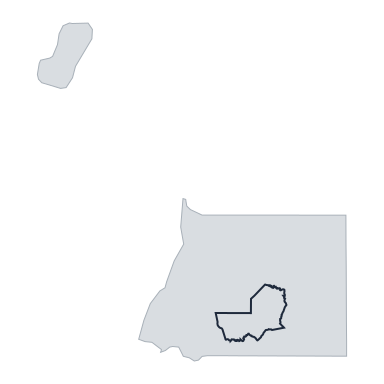 Evinayong, Centro Sur, Equatorial Guinea (highlighted)
{"feature_id": "11065452B18175278434840", "entity_name": "Evinayong", "entity_type": "district", "adm_level": 2, "iso_a3": "GNQ", "parent_name": "Equatorial Guinea", "parent_adm1": "Centro Sur", "projection": "robinson", "projection_center": [10.451, 1.358], "detail": "fine", "context": "in_parent", "style": "outline", "palette": "slate", "viewbox_px": 384, "rotation_deg": 0, "n_neighbors": 0, "source": "geoboundaries", "source_scale": "gbopen_adm2", "svg_char_len": 5610}
<svg xmlns="http://www.w3.org/2000/svg" viewBox="0 0 384 384"><path d="M345.9,215.2L346.0,243.1L346.2,266.8L346.3,292.3L346.4,319.0L346.6,341.6L346.6,356.2L324.8,356.1L295.8,356.0L266.8,355.9L237.9,355.8L223.3,355.7L207.3,355.7L202.1,356.4L198.5,360.1L194.3,361.0L189.3,357.8L183.3,356.3L181.7,353.0L178.7,347.1L172.7,346.5L169.7,347.1L165.4,350.5L160.6,352.3L161.5,349.6L151.9,342.3L145.1,341.6L138.7,339.3L143.9,320.3L150.3,303.6L159.9,290.9L165.0,287.8L166.7,281.6L174.2,260.9L183.7,244.1L180.7,227.1L183.0,198.6L185.7,199.4L186.1,202.1L186.8,206.1L190.4,209.6L202.1,215.1L237.0,215.1L257.8,215.1L288.6,215.1L321.1,215.2L345.9,215.2ZM69.5,23.0L72.2,23.5L88.1,23.1L92.4,29.4L91.9,38.8L75.5,66.3L72.5,77.8L66.1,87.6L60.6,88.4L41.7,82.7L38.5,79.2L37.4,74.5L39.2,63.5L40.6,60.2L49.7,58.1L52.6,56.4L57.5,44.6L59.1,33.8L63.1,25.7L69.5,23.0Z" fill="#d9dde1" stroke="#a8b0b8" stroke-width="1"/><path d="M265.0,284.6L254.3,295.8L251.0,298.8L250.9,313.1L215.7,313.0L217.6,322.0L217.4,323.4L217.5,324.0L217.6,324.8L217.8,325.4L218.1,325.9L218.8,326.7L219.3,327.3L219.9,327.7L220.6,328.0L221.3,328.2L221.9,328.5L222.5,329.5L225.4,338.8L225.5,339.3L225.9,339.7L226.4,339.6L226.7,339.4L227.5,339.2L228.1,339.3L228.6,339.6L228.9,340.1L229.3,340.4L229.8,340.5L230.6,340.9L230.6,341.0L230.9,340.7L231.4,339.7L231.6,339.4L232.4,339.5L232.6,339.5L232.8,339.5L233.0,339.4L233.3,339.6L233.5,339.6L233.8,339.6L234.0,339.5L234.5,339.7L234.5,339.8L234.4,340.0L234.5,340.2L234.6,340.3L234.7,340.5L234.8,340.6L235.0,340.7L235.3,340.6L235.6,340.4L235.9,340.3L235.8,340.5L235.7,340.6L235.8,340.8L235.9,341.0L236.0,341.0L236.3,341.0L236.4,340.9L236.5,341.0L236.8,341.0L237.0,340.9L237.0,340.7L236.9,340.3L237.1,340.3L237.3,340.2L237.5,340.1L237.8,340.0L238.0,340.1L238.3,340.1L238.5,340.1L238.7,340.3L238.8,340.3L239.0,340.6L239.0,340.8L239.1,341.1L239.3,341.1L239.6,341.0L239.8,340.7L240.0,340.4L240.1,340.2L240.3,339.8L240.4,339.7L240.5,339.5L240.5,339.4L240.6,339.5L240.8,339.7L240.9,339.8L240.9,340.0L241.0,340.1L241.3,340.2L241.6,340.5L242.1,340.9L242.3,341.0L242.5,341.1L243.1,341.0L243.2,340.9L243.3,340.8L243.4,340.7L243.4,340.3L243.6,340.1L243.7,339.9L243.8,339.8L243.8,339.7L243.7,339.6L243.6,339.4L243.7,339.5L243.8,339.5L243.9,339.4L244.0,339.4L244.1,339.2L244.0,338.9L243.6,338.7L243.5,338.4L243.4,338.3L243.3,338.2L243.5,337.9L243.7,337.5L243.7,337.4L244.0,337.2L244.2,336.9L244.2,336.7L244.4,336.7L244.5,336.7L244.8,336.5L245.1,336.7L245.4,336.7L245.5,336.7L245.9,336.3L246.0,336.2L246.2,335.9L246.2,335.7L246.3,335.5L246.3,335.3L246.3,335.1L246.5,335.0L246.8,335.0L247.0,335.1L247.3,335.1L247.4,334.9L247.5,334.8L247.6,334.6L247.8,334.4L248.1,334.3L248.3,334.1L248.3,333.9L248.5,333.9L248.8,333.7L248.9,333.8L249.0,334.1L249.1,334.4L249.2,334.5L249.5,334.8L249.9,335.0L250.0,335.1L250.3,335.3L250.5,335.4L250.8,335.4L251.0,335.6L251.2,335.9L251.3,335.9L251.6,335.8L251.8,336.2L251.8,336.3L252.1,336.4L252.4,336.5L252.6,336.5L252.9,336.7L253.4,336.8L253.8,336.8L254.2,337.0L254.4,337.2L254.5,337.4L254.8,337.5L255.1,337.6L255.3,337.8L255.5,338.0L255.7,338.3L256.1,338.8L256.2,339.1L256.6,339.6L257.2,340.3L257.4,340.4L257.5,340.4L257.8,340.2L258.0,340.0L258.2,339.8L258.4,339.6L258.8,339.3L259.0,339.1L259.7,338.4L260.0,338.1L260.6,337.6L260.9,337.3L261.0,337.1L261.2,336.5L261.3,336.3L261.3,336.1L261.5,335.9L262.1,335.3L262.4,335.1L262.6,334.9L263.0,334.4L263.2,333.9L263.4,333.2L263.9,332.4L264.4,331.9L265.7,330.1L266.1,330.0L267.7,329.8L268.7,329.4L268.8,329.2L269.4,329.4L270.4,329.4L271.2,329.4L272.0,330.0L284.0,327.7L283.4,327.0L282.9,326.5L282.2,325.9L281.4,325.0L280.0,323.6L280.4,322.8L280.5,322.2L280.4,321.6L280.2,321.2L280.1,320.7L280.1,320.4L280.2,320.0L280.2,319.9L280.1,319.6L280.1,319.4L280.2,319.0L280.2,318.9L280.6,318.8L280.9,318.5L281.2,318.1L281.2,317.5L281.2,316.8L281.4,316.4L281.6,316.2L281.7,315.7L281.7,315.3L281.5,315.1L281.5,314.9L281.7,314.5L282.2,313.9L282.3,313.4L282.5,312.9L282.8,312.2L283.3,311.6L283.6,310.9L283.8,310.2L283.9,309.8L284.2,309.1L284.3,308.8L284.4,308.4L284.6,307.9L284.7,307.5L284.9,307.1L285.2,306.6L285.4,306.3L285.9,305.7L286.3,305.3L286.4,304.8L286.2,304.4L286.1,304.0L286.0,303.6L285.9,303.2L285.6,302.9L285.3,302.5L285.0,302.2L284.9,301.9L284.8,301.7L284.6,301.6L284.5,301.1L284.4,300.9L284.5,300.6L284.5,300.0L284.8,299.2L285.0,298.8L284.8,298.7L284.7,298.5L284.5,298.3L284.5,298.2L284.3,298.1L284.1,298.0L284.1,297.9L284.3,297.7L284.4,297.2L284.2,296.9L283.9,296.7L283.8,296.4L283.7,296.2L283.3,295.7L284.8,295.6L284.8,294.7L284.6,294.2L284.3,293.6L284.2,293.0L284.3,292.4L284.4,291.6L284.5,291.3L284.4,290.5L284.4,289.9L284.0,289.5L283.4,289.3L282.8,289.3L282.1,289.6L281.5,289.8L281.0,290.2L280.5,290.3L280.1,290.1L280.0,288.5L279.9,288.4L279.7,288.2L279.2,288.3L278.8,288.4L278.6,288.5L278.0,288.6L277.8,288.3L277.7,288.1L277.4,288.0L277.3,288.5L277.0,288.6L276.8,288.3L276.5,288.2L276.4,288.2L276.2,288.0L276.1,287.9L276.0,287.7L275.9,287.4L275.9,287.0L275.8,286.8L275.5,286.9L275.3,286.9L275.3,287.1L275.1,287.1L274.9,286.8L274.8,286.7L274.7,286.6L274.4,286.6L274.3,286.4L274.2,286.1L273.9,286.1L273.8,285.9L273.6,286.0L273.4,286.2L273.2,286.5L273.3,286.8L273.5,287.0L273.6,287.4L273.5,287.6L273.4,287.8L273.2,287.9L273.0,287.6L272.8,287.4L272.7,287.5L272.0,287.5L271.5,287.1L271.3,286.9L271.1,286.8L270.9,286.7L271.1,286.6L271.1,286.4L270.9,286.2L270.8,285.8L270.9,285.7L270.5,285.5L270.4,285.5L270.0,285.3L269.8,285.5L269.7,285.6L269.4,285.4L269.1,285.6L268.9,285.6L268.6,285.7L268.4,285.5L268.3,285.3L268.1,285.1L267.5,285.1L267.2,285.1L266.6,285.0L266.3,285.0L265.9,284.8L265.5,284.6L265.0,284.6Z" fill="none" stroke="#1e293b" stroke-width="2"/></svg>